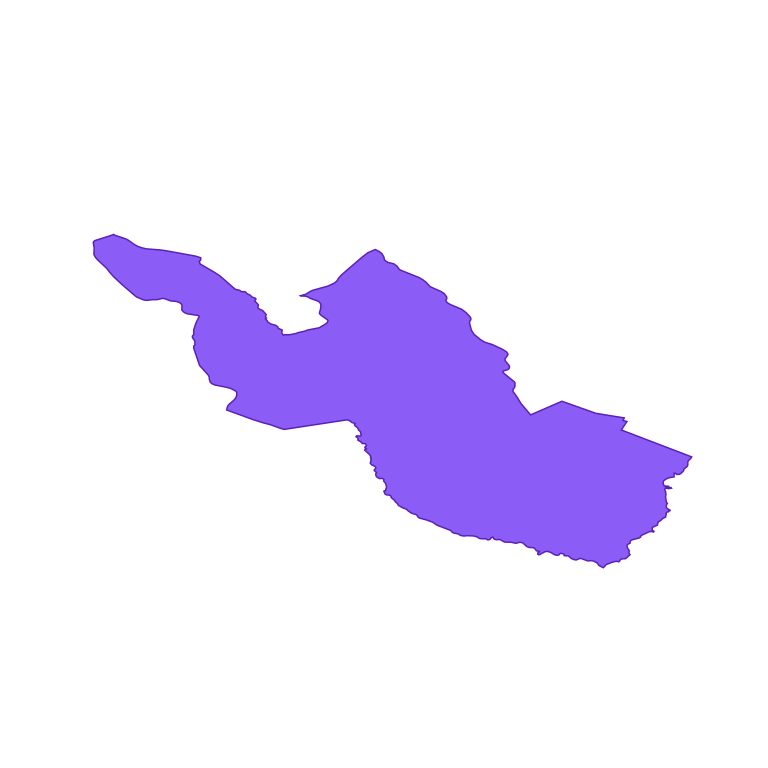 Blönduósbær, Norðurland vestra, Iceland, rotated 194°
{"feature_id": "244011B97005072200428", "entity_name": "Blönduósbær", "entity_type": "district", "adm_level": 2, "iso_a3": "ISL", "parent_name": "Iceland", "parent_adm1": "Norðurland vestra", "projection": "natural_earth1", "projection_center": [-20.065, 65.651], "detail": "fine", "context": "isolated", "style": "filled", "palette": "violet", "viewbox_px": 768, "rotation_deg": 194, "n_neighbors": 0, "source": "geoboundaries", "source_scale": "gbopen_adm2", "svg_char_len": 6086}
<svg xmlns="http://www.w3.org/2000/svg" viewBox="0 0 768 768"><g transform="rotate(194 384 384)"><path d="M530.3,320.7L502.8,317.8L492.1,317.1L483.9,317.0L473.7,315.9L469.9,315.8L411.4,340.2L408.7,340.2L405.6,338.8L402.5,338.8L402.4,338.5L402.8,337.6L402.0,336.4L399.2,335.3L397.2,332.9L395.1,331.9L394.7,330.2L393.8,329.4L393.8,328.3L394.4,327.7L397.8,327.2L398.4,326.1L396.2,325.2L395.7,324.3L395.9,323.4L395.5,323.1L392.6,322.3L390.7,321.0L387.8,321.6L386.2,320.1L386.3,319.3L387.2,318.2L387.2,317.7L386.8,317.3L385.3,316.7L386.8,315.5L386.7,315.1L380.9,312.0L379.3,310.4L379.0,309.7L379.3,309.5L379.2,309.1L378.2,308.1L378.1,307.8L378.5,307.1L378.0,306.1L378.3,304.2L378.1,303.8L376.5,302.6L373.8,302.1L372.1,301.4L371.7,301.0L371.7,300.1L372.6,298.6L372.5,297.6L369.9,296.3L370.3,294.7L369.3,292.6L368.8,292.2L365.5,291.1L363.4,291.9L361.8,291.7L360.9,291.1L360.8,289.7L358.4,287.9L356.8,285.1L356.5,283.5L356.9,282.4L356.6,280.9L358.1,280.3L358.1,279.8L356.5,277.6L355.0,277.0L352.5,277.4L350.7,277.2L349.7,276.5L349.5,275.5L345.8,273.7L344.7,272.6L342.7,271.6L340.6,269.7L335.6,268.3L332.1,268.0L329.7,266.6L325.9,265.3L320.8,265.0L319.7,264.2L319.4,263.5L318.0,262.8L317.0,262.5L310.5,262.4L303.5,261.7L298.4,259.8L283.6,258.0L282.6,257.0L280.6,256.2L275.2,256.5L274.2,255.8L272.6,255.6L269.7,255.8L266.7,256.9L260.6,258.2L257.0,258.2L253.7,257.2L250.1,257.8L248.1,258.5L245.8,257.9L244.9,258.1L243.7,258.7L242.5,261.1L241.5,261.7L240.8,261.5L240.2,260.5L238.7,260.0L236.8,260.2L235.0,260.9L233.4,261.0L229.3,259.9L227.8,259.9L222.6,261.2L217.6,261.3L214.3,263.1L212.4,263.5L210.3,263.2L209.2,262.4L205.9,260.8L203.8,260.5L199.4,261.3L197.2,260.4L195.8,259.0L192.7,259.2L192.6,258.8L193.9,257.3L193.7,256.1L192.8,255.7L191.4,256.2L189.5,258.3L188.4,258.9L187.6,260.1L184.9,261.1L181.8,261.0L177.2,259.6L175.1,259.6L173.3,260.2L172.8,260.6L172.6,261.2L172.7,261.5L171.7,262.3L170.3,262.7L168.3,262.4L167.9,262.1L167.8,261.2L167.3,261.0L163.7,261.8L162.8,261.5L160.1,260.0L156.4,259.5L154.7,259.9L152.0,261.9L150.5,262.4L143.7,261.6L139.5,262.9L137.8,262.8L134.2,262.1L131.5,259.9L126.8,258.8L125.6,260.6L125.3,261.8L124.5,262.7L119.7,266.1L116.0,268.1L114.9,268.3L113.3,268.2L112.6,268.9L112.1,270.9L111.4,271.5L109.6,272.3L107.5,272.9L107.1,273.3L104.0,277.9L105.2,279.0L105.6,279.9L105.6,281.5L108.4,284.1L108.9,285.5L109.1,286.3L108.8,287.3L106.7,289.1L107.0,291.2L106.5,292.0L105.1,293.1L98.9,296.5L97.9,297.8L97.9,298.8L97.6,299.4L90.8,304.9L88.8,305.6L86.6,305.6L86.4,306.4L88.1,307.0L88.5,307.4L88.9,309.5L87.8,310.8L84.6,313.2L84.6,316.5L82.6,318.3L81.1,320.8L80.1,321.8L78.6,322.8L78.7,324.8L78.6,325.3L78.9,327.4L78.6,328.0L77.0,328.9L76.8,329.4L77.2,329.7L77.1,330.1L75.9,330.2L75.8,330.7L79.3,331.8L80.5,333.0L80.7,335.1L80.1,336.7L81.2,337.4L81.6,338.1L83.5,342.6L83.8,345.6L84.4,346.5L84.7,347.7L85.5,348.4L86.1,349.9L85.6,351.0L82.3,351.4L79.9,352.5L80.5,353.0L82.7,351.9L85.3,351.5L86.3,352.8L82.9,353.4L83.1,353.6L87.5,352.9L89.1,355.1L89.4,357.1L88.8,358.4L86.6,360.7L84.1,362.3L80.0,364.1L80.4,364.8L80.7,367.1L81.0,367.5L79.8,367.9L78.2,367.1L75.7,367.7L74.5,368.7L72.6,371.6L72.3,372.9L72.4,373.9L70.1,377.0L69.7,378.2L69.7,379.4L70.4,381.9L70.1,383.2L68.0,386.7L67.8,387.7L142.6,396.8L139.2,406.4L143.2,406.4L142.7,409.2L171.5,406.8L207.2,410.3L234.3,389.5L246.5,398.3L251.7,403.5L256.7,407.7L257.2,408.4L257.4,410.1L256.5,412.1L256.4,413.3L256.9,415.9L257.2,416.8L257.8,417.5L269.3,422.9L271.3,424.0L271.7,424.5L271.6,425.1L270.8,425.8L267.1,428.1L266.3,429.5L266.2,430.2L266.8,432.0L271.4,435.4L272.3,436.4L272.6,437.1L272.5,438.1L270.9,442.1L271.1,443.2L272.9,444.8L277.3,446.3L288.0,448.4L296.7,449.0L301.1,450.4L308.1,453.7L310.2,455.3L312.3,457.5L315.5,463.3L315.9,464.4L315.9,465.9L315.4,466.9L315.4,468.0L315.7,468.9L316.7,470.0L322.0,473.3L326.7,475.3L339.1,477.2L341.9,478.1L343.3,478.9L344.0,479.8L344.2,480.6L343.8,481.5L343.9,482.8L344.5,483.9L347.4,486.3L350.9,487.5L362.8,489.6L367.8,492.9L371.7,494.6L375.9,495.8L395.7,498.5L396.9,499.0L400.0,501.5L403.6,503.0L409.1,502.9L411.5,503.5L413.6,504.6L414.9,507.3L417.5,509.9L418.9,510.7L421.1,511.5L425.0,512.4L431.3,507.6L436.3,501.3L451.7,479.5L453.9,475.1L454.7,472.4L456.8,469.7L462.2,465.4L475.6,457.8L477.7,456.2L481.8,452.0L486.5,449.4L486.0,449.2L482.5,450.1L479.6,450.2L476.0,449.2L469.5,448.6L467.0,448.1L465.5,447.0L464.5,445.9L463.9,443.3L463.7,440.7L463.9,438.1L463.8,437.1L463.4,436.5L461.8,435.5L454.4,432.6L453.8,432.1L453.6,431.4L454.0,429.8L455.4,427.9L460.6,422.8L471.4,417.8L473.3,416.3L479.5,413.2L481.7,411.7L487.2,409.1L492.3,407.8L493.3,406.9L495.5,408.8L495.8,409.6L495.7,411.3L496.1,411.8L499.9,412.4L500.9,413.7L503.3,414.8L508.1,414.8L511.7,416.0L512.5,417.1L514.8,418.6L514.8,419.2L514.1,419.7L515.2,420.6L515.4,421.2L515.1,422.1L515.1,422.9L519.5,425.9L523.2,426.6L524.7,427.4L525.0,427.8L524.9,429.9L525.3,430.6L529.4,433.2L529.5,433.9L528.9,434.7L528.8,435.3L529.4,436.1L533.2,436.5L535.2,437.8L538.8,438.5L540.5,439.8L542.1,439.8L544.4,439.1L546.9,440.0L551.2,439.9L569.4,449.2L575.4,451.3L591.5,456.0L592.0,456.6L592.2,457.5L593.0,458.2L591.9,459.9L592.2,461.9L592.5,462.2L597.8,462.5L625.9,460.7L632.6,460.1L647.6,457.6L652.8,457.6L656.3,458.0L660.5,459.1L666.7,461.6L669.5,462.3L680.9,463.2L682.7,463.7L683.7,462.8L699.1,453.3L700.0,452.3L700.2,451.5L700.2,450.6L698.2,446.1L697.0,440.4L696.6,439.2L694.5,437.0L691.8,435.1L681.0,429.1L677.4,426.2L672.3,422.7L662.5,417.2L646.8,409.3L644.6,408.5L638.4,407.5L636.1,407.5L634.3,407.8L629.0,409.8L624.8,410.9L619.3,413.6L617.0,413.7L611.2,413.0L605.2,413.9L601.6,413.4L600.4,412.8L599.1,411.6L598.2,407.3L597.7,406.5L595.0,405.0L591.8,404.5L581.5,405.5L580.1,405.4L579.6,404.8L580.2,402.6L581.2,397.6L581.5,394.4L581.7,390.5L580.7,386.3L580.7,385.5L581.4,384.6L581.4,383.7L581.2,382.9L580.3,381.9L578.0,380.0L576.9,376.2L577.7,375.1L577.4,372.9L567.5,357.4L556.5,350.0L555.2,348.3L554.6,346.2L553.1,343.8L551.4,342.8L548.0,342.1L536.6,342.7L531.5,342.6L526.2,341.3L524.8,340.1L524.2,337.6L524.4,334.9L525.8,331.9L529.9,326.1L530.5,323.2L530.3,320.7Z" fill="#8b5cf6" stroke="#5b21b6" stroke-width="1.5"/></g></svg>